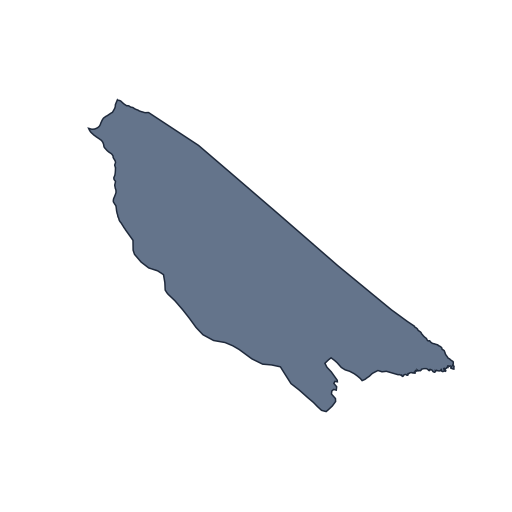 the district of Des Barras/Cacolie, Dauphin, Saint Lucia, rotated 54°
{"feature_id": "8701671B32853593869516", "entity_name": "Des Barras/Cacolie", "entity_type": "district", "adm_level": 2, "iso_a3": "LCA", "parent_name": "Saint Lucia", "parent_adm1": "Dauphin", "projection": "mercator", "projection_center": [-60.901, 14.018], "detail": "fine", "context": "isolated", "style": "filled", "palette": "slate", "viewbox_px": 512, "rotation_deg": 54, "n_neighbors": 0, "source": "geoboundaries", "source_scale": "gbopen_adm2", "svg_char_len": 5986}
<svg xmlns="http://www.w3.org/2000/svg" viewBox="0 0 512 512"><g transform="rotate(54 256 256)"><path d="M54.3,316.4L56.5,316.8L58.4,316.9L59.8,316.7L61.7,316.3L62.4,316.2L63.8,315.8L64.8,315.4L65.4,315.3L68.1,314.3L69.4,313.8L70.6,313.5L70.8,313.4L71.5,313.1L72.5,313.1L73.9,313.1L75.1,313.4L76.4,313.8L77.3,314.3L77.9,314.6L78.5,314.8L79.1,314.9L80.3,314.8L82.2,314.6L83.2,314.5L83.6,314.4L85.3,314.0L87.4,313.2L88.6,312.8L89.6,312.8L90.5,312.8L91.1,312.9L91.5,313.1L92.0,313.5L92.6,313.7L93.3,313.8L94.0,313.9L94.6,313.8L95.5,314.0L96.3,314.0L96.7,314.2L97.2,314.4L97.5,314.5L97.9,314.8L98.2,315.2L98.6,315.8L99.3,316.8L100.0,317.2L100.3,317.2L100.9,317.4L101.5,317.7L102.2,317.8L102.8,318.5L103.3,318.8L104.3,319.6L105.4,320.5L106.2,321.2L107.0,322.0L107.5,322.5L107.9,323.0L108.0,323.2L109.0,324.9L109.8,325.4L110.1,325.7L110.5,325.7L111.5,325.9L111.9,325.8L112.7,325.8L113.2,325.9L113.8,326.6L114.5,327.3L114.7,327.6L115.3,328.3L115.9,328.8L116.8,329.2L118.9,330.2L119.3,330.2L119.8,330.4L120.4,330.6L121.4,331.3L122.0,331.6L122.3,331.9L123.2,333.1L123.3,333.2L124.3,334.8L125.2,336.2L125.7,337.2L126.5,338.1L127.2,338.8L127.8,339.2L128.2,339.5L128.7,339.6L130.2,339.7L131.0,339.8L132.1,339.8L132.9,339.8L134.0,340.3L134.6,340.6L137.6,342.3L139.0,342.9L140.1,343.4L141.3,343.7L142.2,344.2L143.1,344.6L144.8,344.9L146.0,345.4L147.0,345.7L148.3,345.8L150.2,345.7L151.4,345.8L152.9,345.9L154.5,346.0L155.1,346.1L156.0,346.1L157.3,346.1L157.9,346.2L171.0,346.3L179.1,352.0L183.2,353.3L183.4,353.3L193.5,352.5L202.6,349.8L210.2,344.3L216.7,341.8L224.0,345.4L230.2,349.5L233.4,349.7L235.4,349.6L244.5,347.9L256.5,346.9L267.0,346.5L278.4,346.5L280.2,346.3L288.5,345.2L299.4,340.0L307.8,331.9L314.9,327.6L321.7,324.6L336.8,319.8L347.4,314.2L353.3,307.4L360.0,301.4L368.6,302.0L379.8,302.7L389.9,299.8L400.5,297.5L408.3,295.6L413.9,294.8L419.4,293.7L423.1,290.7L422.9,288.0L422.2,282.4L420.5,277.1L418.0,275.5L412.1,276.1L409.8,274.1L409.6,271.6L411.7,269.9L409.2,267.6L404.8,267.9L403.8,265.9L405.6,264.1L404.3,263.3L394.0,263.2L387.7,264.0L383.3,263.3L382.6,258.2L382.5,255.1L386.8,253.8L390.0,253.1L396.3,252.5L400.5,250.8L404.3,248.0L409.0,245.7L412.7,244.5L416.4,243.6L419.2,243.4L419.9,240.2L419.8,238.2L419.9,234.9L419.4,231.4L419.5,229.8L420.3,224.7L422.4,223.1L423.7,222.2L424.9,220.1L425.9,218.3L426.3,218.0L435.6,210.8L436.3,209.6L437.2,209.1L437.7,208.7L437.7,208.3L438.0,208.1L438.4,208.4L438.6,208.4L439.4,208.4L439.7,207.9L439.6,207.2L439.4,206.8L439.2,206.4L439.2,205.7L439.5,205.1L439.9,204.4L440.6,204.1L441.2,204.0L441.6,203.3L441.5,202.8L440.9,202.5L440.5,202.2L440.5,201.9L441.0,201.2L441.0,200.0L441.2,199.6L441.6,198.8L441.8,198.6L442.5,198.3L442.5,197.9L442.7,197.5L443.1,197.3L443.5,197.2L443.8,196.9L443.9,196.5L444.3,196.0L444.2,195.8L443.0,195.8L443.0,195.2L442.7,194.9L442.8,194.5L442.6,194.2L443.2,194.0L443.7,193.6L443.6,192.9L443.0,192.6L443.4,192.5L444.0,192.3L444.4,192.1L444.5,191.4L445.3,190.8L445.4,190.5L445.4,189.9L445.3,189.2L444.9,188.7L445.5,187.1L445.9,186.2L446.6,185.4L447.0,184.6L447.5,184.2L448.4,183.8L449.0,183.6L449.8,183.6L450.5,183.3L450.7,183.0L450.6,182.4L449.9,182.3L450.0,181.9L450.4,181.5L451.2,181.0L451.9,180.7L452.9,180.7L453.4,180.8L453.5,180.7L453.8,180.4L454.1,180.4L454.5,180.3L454.9,180.0L455.1,179.7L455.0,179.0L454.6,178.4L454.1,178.2L454.6,177.8L454.9,177.4L454.7,177.0L455.3,176.7L456.0,176.1L456.9,175.0L457.1,174.6L457.0,173.5L456.7,172.9L456.9,172.9L457.2,173.0L457.3,173.3L457.6,173.5L458.1,173.5L458.6,173.3L459.4,172.8L459.5,171.6L459.6,171.4L460.6,170.6L460.5,170.0L460.2,169.8L459.8,169.8L459.2,170.0L458.8,170.3L457.9,170.5L457.5,170.4L457.4,170.1L457.6,169.6L458.5,169.3L458.7,168.0L458.4,167.3L458.5,166.9L459.1,166.4L458.9,166.0L458.7,166.0L457.9,165.9L457.6,165.5L458.0,164.9L459.0,164.2L459.1,163.5L459.6,163.2L460.1,162.9L460.3,162.6L460.8,163.5L460.9,164.2L461.2,164.3L461.5,164.1L463.5,162.8L463.8,162.3L462.4,161.4L462.1,160.9L461.4,160.6L460.7,160.8L460.1,161.1L459.7,160.8L459.5,159.9L458.4,159.3L457.8,158.7L457.0,158.7L454.3,159.7L453.2,159.8L451.5,160.6L450.0,160.5L447.5,160.5L446.9,160.4L446.2,160.3L445.3,159.9L444.0,159.6L443.3,159.4L442.9,159.5L442.3,159.6L442.1,159.7L441.6,160.0L440.8,160.3L440.0,159.9L439.2,159.7L437.8,160.0L436.7,160.5L435.7,161.1L435.3,161.2L434.8,161.1L434.3,161.5L433.9,161.8L433.3,162.3L432.5,162.9L432.0,163.2L431.0,164.1L430.6,164.4L430.2,164.7L429.9,164.8L428.8,165.1L428.3,165.4L427.5,165.3L427.0,165.3L426.6,165.4L426.4,165.7L426.2,166.2L425.8,166.6L425.5,166.8L424.8,166.9L423.8,166.8L423.4,166.8L423.1,166.6L422.5,166.7L421.9,166.9L421.3,167.1L420.5,167.3L420.0,167.4L419.3,167.5L419.1,167.5L418.6,167.6L417.6,167.6L417.1,167.6L416.4,167.8L416.1,167.8L415.9,167.7L415.2,167.5L414.1,167.6L413.8,167.7L413.0,168.0L411.7,168.4L411.3,168.5L410.9,168.5L410.0,168.3L409.5,168.4L408.5,168.6L408.0,168.8L407.2,169.2L406.5,169.3L406.3,169.3L405.9,169.1L398.0,172.0L379.1,178.1L311.6,195.6L236.1,213.0L175.5,227.3L132.7,237.5L76.8,258.6L76.4,259.1L75.8,260.1L75.4,260.7L75.1,261.2L74.7,261.6L74.3,262.0L73.8,262.4L73.3,262.7L72.3,263.5L71.7,264.0L71.2,264.3L70.7,264.7L70.2,265.1L69.7,265.3L69.1,265.5L68.5,265.8L67.5,266.5L66.4,267.2L65.3,267.7L64.2,268.1L63.6,268.3L63.1,268.7L62.7,269.1L62.3,269.5L61.8,269.9L61.3,270.1L60.7,270.3L60.1,270.5L59.5,270.9L59.0,271.4L58.7,271.9L58.3,272.4L57.1,272.8L55.9,273.3L54.6,273.6L53.5,273.9L52.9,274.0L51.6,274.2L51.1,274.4L50.6,274.6L50.0,275.0L49.6,275.3L48.5,276.4L48.2,276.4L50.1,279.5L50.8,280.6L50.9,280.8L51.2,281.0L51.6,281.4L52.1,281.7L52.5,282.2L53.1,282.9L53.5,283.6L53.8,284.1L55.4,287.7L55.4,287.9L55.3,288.4L55.2,289.2L55.0,294.3L54.8,295.2L54.8,297.5L54.8,297.8L54.8,298.1L54.9,298.6L55.3,299.7L55.4,300.0L56.1,301.4L56.7,302.4L57.2,303.4L57.9,304.3L58.5,305.4L58.8,306.1L59.0,306.8L59.1,307.9L59.1,308.5L59.1,308.8L58.8,310.5L58.5,311.6L58.3,312.2L58.1,312.5L57.8,313.0L57.3,313.8L57.2,314.0L56.4,314.8L55.9,315.2L55.7,315.4L55.0,315.8L54.3,316.4Z" fill="#64748b" stroke="#1e293b" stroke-width="1.5"/></g></svg>